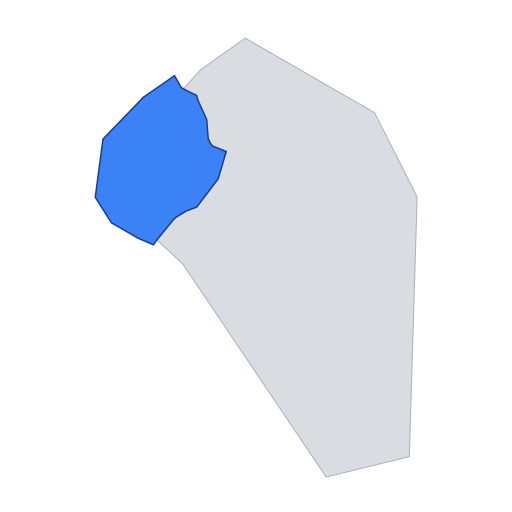 Saint Philip highlighted on a map of Barbados, rotated 183°
{"feature_id": "BRB-1998", "entity_name": "Saint Philip", "entity_type": "Parish", "adm_level": 1, "iso_a3": "BRB", "parent_name": "Barbados", "parent_adm1": "", "projection": "robinson", "projection_center": [-59.481, 13.137], "detail": "fine", "context": "in_parent", "style": "filled", "palette": "blue", "viewbox_px": 512, "rotation_deg": 183, "n_neighbors": 0, "source": "natural_earth", "source_scale": "10m", "svg_char_len": 661}
<svg xmlns="http://www.w3.org/2000/svg" viewBox="0 0 512 512"><g transform="rotate(183 256 256)"><path d="M320.7,439.4L278.2,473.0L145.0,405.2L98.2,323.4L92.4,63.7L174.4,39.0L328.8,244.3L418.5,319.1L320.7,439.4Z" fill="#d9dde1" stroke="#a8b0b8" stroke-width="1"/><path d="M358.9,261.8L374.6,267.5L402.1,281.6L419.6,306.2L414.9,364.8L376.7,408.7L346.8,431.8L339.6,420.5L335.8,418.4L327.3,414.7L324.8,413.9L323.3,412.6L323.4,411.9L321.5,407.2L312.8,390.5L312.3,389.2L309.9,370.7L307.4,366.1L305.2,363.6L291.2,358.8L297.8,331.1L317.7,301.8L328.3,297.1L338.4,290.1L340.3,288.0L356.6,265.8L358.9,261.8Z" fill="#3b82f6" stroke="#1e3a8a" stroke-width="1.5"/></g></svg>